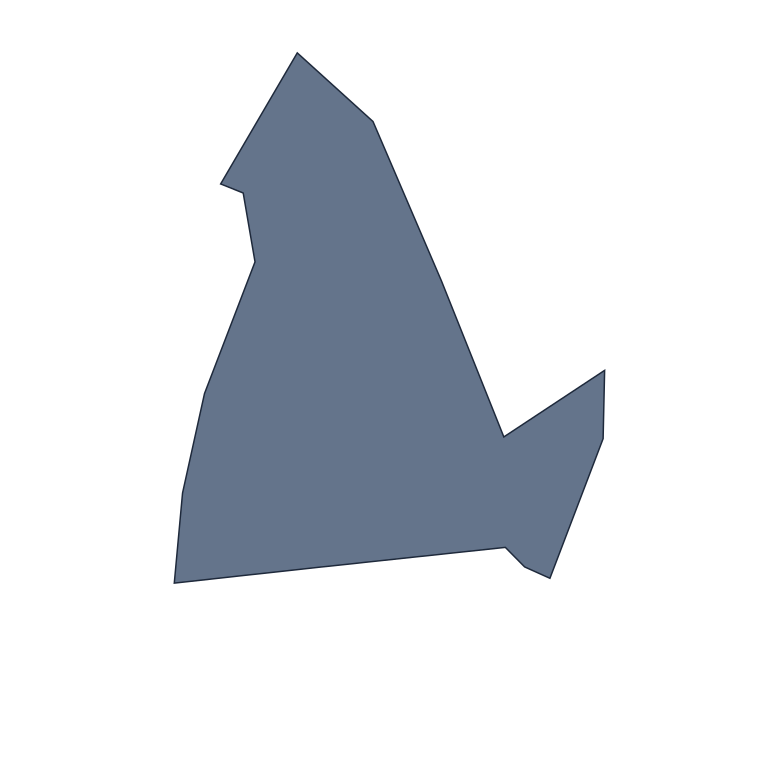 the district of La Trinidad Vista Hermosa, Oaxaca, Mexico, rotated 24°
{"feature_id": "50627088B62865505468510", "entity_name": "La Trinidad Vista Hermosa", "entity_type": "district", "adm_level": 2, "iso_a3": "MEX", "parent_name": "Mexico", "parent_adm1": "Oaxaca", "projection": "natural_earth1", "projection_center": [-97.499, 17.778], "detail": "fine", "context": "isolated", "style": "filled", "palette": "slate", "viewbox_px": 768, "rotation_deg": 24, "n_neighbors": 0, "source": "geoboundaries", "source_scale": "gbopen_adm2", "svg_char_len": 566}
<svg xmlns="http://www.w3.org/2000/svg" viewBox="0 0 768 768"><g transform="rotate(24 384 384)"><path d="M153.4,267.7L177.7,266.8L216.5,324.9L223.9,465.7L244.3,565.5L273.4,651.2L326.0,620.5L327.5,619.6L341.4,611.5L343.5,610.3L350.9,606.0L356.9,602.5L382.1,587.8L400.4,577.1L408.1,572.7L418.6,566.6L430.2,559.9L438.9,554.8L486.0,527.5L489.7,525.4L491.8,524.2L503.7,517.3L511.4,512.8L561.3,483.9L586.9,493.9L614.6,494.0L606.4,344.8L580.0,281.8L515.0,383.6L394.7,266.6L267.2,148.7L170.1,116.8L153.4,267.7Z" fill="#64748b" stroke="#1e293b" stroke-width="1.5"/></g></svg>